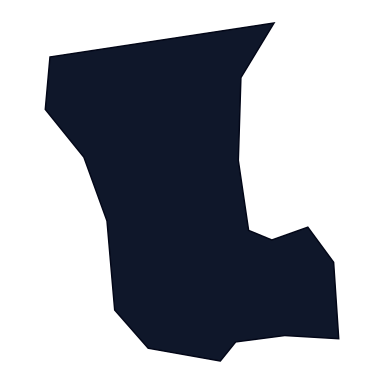 the state/province of Għasri
{"feature_id": "MLT-5976", "entity_name": "Għasri", "entity_type": "state/province", "adm_level": 1, "iso_a3": "MLT", "parent_name": "Malta", "parent_adm1": "", "projection": "orthographic", "projection_center": [14.227, 36.06], "detail": "fine", "context": "isolated", "style": "filled", "palette": "ink", "viewbox_px": 384, "rotation_deg": 0, "n_neighbors": 0, "source": "natural_earth", "source_scale": "10m", "svg_char_len": 340}
<svg xmlns="http://www.w3.org/2000/svg" viewBox="0 0 384 384"><path d="M50.0,57.0L274.0,23.0L240.9,77.6L238.3,160.4L248.6,230.4L271.8,240.0L307.8,227.2L333.6,262.3L338.7,338.7L284.7,335.5L235.7,341.9L220.3,361.0L148.2,348.2L114.7,310.0L107.0,220.9L83.9,157.2L45.3,109.4L50.0,57.0Z" fill="#0f172a" stroke="#020617" stroke-width="1.5"/></svg>